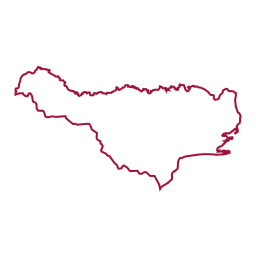 the district of Rincón, Treinta y Tres, Uruguay
{"feature_id": "84410073B13933274344370", "entity_name": "Rincón", "entity_type": "district", "adm_level": 2, "iso_a3": "URY", "parent_name": "Uruguay", "parent_adm1": "Treinta y Tres", "projection": "natural_earth1", "projection_center": [-53.628, -32.866], "detail": "fine", "context": "isolated", "style": "outline", "palette": "rose", "viewbox_px": 256, "rotation_deg": 0, "n_neighbors": 0, "source": "geoboundaries", "source_scale": "gbopen_adm2", "svg_char_len": 5693}
<svg xmlns="http://www.w3.org/2000/svg" viewBox="0 0 256 256"><path d="M184.0,85.3L180.9,84.8L179.8,84.4L179.3,85.3L179.9,86.1L179.8,86.6L177.4,88.2L177.4,88.8L178.2,89.3L178.1,89.6L176.6,89.9L175.9,89.5L176.2,88.8L174.7,88.7L174.8,87.7L174.1,87.4L173.7,86.6L172.6,86.8L171.3,86.2L170.7,86.7L170.8,87.1L171.3,87.4L171.2,87.6L168.9,88.4L168.5,89.1L167.8,89.5L168.5,90.1L166.9,89.9L166.6,90.7L166.5,90.3L165.6,90.2L165.5,89.6L166.3,89.1L165.9,88.6L166.3,88.4L165.7,87.9L162.7,88.4L161.6,86.9L160.0,86.3L159.9,86.9L160.1,87.3L158.3,89.8L154.8,89.7L153.7,90.2L153.1,90.1L152.1,91.0L150.7,91.1L150.7,91.3L151.2,91.8L151.2,92.2L150.7,92.4L150.4,93.1L149.2,93.4L148.1,93.0L147.5,91.7L147.6,91.4L148.2,91.0L148.2,90.4L146.9,90.5L146.6,89.7L145.9,89.0L144.9,89.2L143.4,88.9L143.4,89.2L143.8,89.4L143.6,90.0L143.1,89.7L141.4,91.5L139.8,90.2L138.8,89.9L138.3,88.5L137.1,88.1L136.9,88.7L136.3,88.9L135.6,87.5L134.7,86.9L134.2,87.0L134.4,87.5L134.2,87.8L132.5,87.2L132.7,86.7L133.3,86.7L133.3,86.1L132.1,86.1L131.1,86.5L130.7,87.1L130.2,87.1L129.4,86.7L128.0,86.7L128.0,86.2L128.3,86.0L128.2,85.3L126.4,85.1L125.1,85.5L124.5,87.1L123.6,87.7L122.8,87.5L121.3,88.9L119.3,90.0L118.9,89.8L118.0,88.1L116.6,87.2L116.2,88.0L116.9,89.1L116.1,90.1L114.0,91.0L113.1,91.9L112.2,91.8L111.4,92.8L107.0,92.9L106.6,93.2L106.4,94.1L105.0,93.5L103.2,93.2L102.9,93.4L102.5,93.2L102.2,92.4L101.1,92.2L100.8,91.9L98.1,92.6L97.8,93.1L97.0,93.1L96.7,93.8L96.2,93.9L95.0,93.1L94.1,93.1L93.6,94.2L93.7,94.9L92.8,95.4L90.5,95.2L90.0,94.7L89.7,93.6L89.9,92.8L89.6,92.5L88.9,92.4L87.6,92.8L87.3,92.7L87.0,93.3L86.7,93.4L85.8,92.0L84.5,91.9L83.5,92.7L82.7,92.7L82.4,93.0L82.7,93.9L81.5,94.2L81.1,95.3L80.2,95.3L79.2,96.0L78.1,95.2L78.2,94.1L77.2,92.4L76.0,92.2L75.9,92.5L76.7,93.3L76.4,93.7L75.4,93.6L74.8,93.3L74.1,91.7L73.5,91.1L72.8,90.9L72.1,91.2L71.0,90.5L69.6,90.5L68.4,89.6L67.9,89.1L66.5,86.3L65.8,85.8L64.8,85.8L64.3,85.1L64.6,83.5L65.3,82.8L65.2,82.1L64.1,81.7L63.1,80.4L60.1,80.3L59.8,79.8L59.6,77.7L58.4,77.4L57.9,76.2L56.2,76.7L55.6,76.5L54.7,75.6L51.4,74.0L48.6,72.3L48.4,71.9L48.6,71.3L49.7,70.5L49.3,69.8L48.3,70.0L47.2,69.6L46.3,69.7L45.8,69.1L43.7,69.1L41.6,68.5L41.3,69.1L40.5,68.7L41.0,68.3L40.8,67.8L38.0,67.0L36.9,69.1L36.4,69.9L35.7,70.2L34.3,72.7L33.0,73.4L32.1,73.4L30.6,72.4L28.1,72.1L25.7,74.0L23.9,74.5L23.0,75.1L21.3,77.1L20.6,78.4L20.2,81.0L19.4,83.1L18.9,85.4L18.9,86.5L18.4,87.8L17.7,88.3L15.9,88.5L15.4,90.2L16.4,91.2L15.4,92.8L15.6,93.6L15.5,94.6L18.8,93.4L22.9,93.3L23.1,94.1L25.3,96.0L27.4,96.3L28.2,95.2L28.7,93.5L30.0,93.3L31.1,94.3L32.3,96.9L32.4,99.0L33.2,101.7L35.4,102.6L36.5,104.3L36.7,108.6L38.0,110.6L40.3,110.8L42.8,110.6L44.0,112.1L45.5,116.6L47.8,117.4L51.8,116.3L55.9,116.9L65.5,116.2L66.0,118.3L73.1,124.1L75.2,123.7L77.2,124.7L86.1,123.9L89.2,123.9L90.1,125.0L92.0,129.7L96.9,132.9L96.6,138.2L97.6,139.8L100.5,141.4L100.5,143.6L101.6,144.2L102.8,146.3L101.0,150.4L101.6,151.6L105.9,153.6L107.0,155.3L109.5,156.1L114.8,163.4L116.7,164.7L118.4,168.7L121.5,168.3L122.2,166.8L123.8,165.4L127.2,167.6L130.0,171.1L137.4,170.8L139.3,173.6L141.5,173.8L144.5,172.1L146.3,172.3L150.2,175.9L154.6,176.0L155.6,178.1L159.2,184.5L160.1,189.0L161.2,187.2L162.3,186.2L167.5,183.2L167.8,182.7L168.1,182.8L171.9,179.1L172.1,176.9L171.8,174.5L172.4,172.8L173.7,171.7L174.3,171.5L174.5,171.1L175.5,170.8L176.1,169.8L177.3,169.2L177.7,167.8L178.0,162.3L178.8,159.8L180.1,157.9L179.7,157.3L180.2,157.9L181.4,158.2L185.2,156.5L198.0,154.6L205.5,154.1L213.9,154.4L216.1,154.8L219.4,154.6L223.9,154.4L225.0,154.2L226.2,153.5L226.4,153.8L227.6,153.6L227.9,153.0L228.9,152.8L229.0,152.4L228.9,152.2L227.3,152.6L227.2,152.3L227.7,152.1L228.2,151.2L228.4,151.6L228.8,151.5L228.9,151.8L229.5,152.3L229.5,151.7L229.2,151.8L228.6,151.1L228.2,151.1L227.8,151.5L226.1,150.9L225.5,151.5L225.2,152.2L225.3,152.7L225.0,152.7L225.1,153.3L224.4,153.7L223.5,153.7L223.5,153.2L224.9,151.0L224.7,151.0L224.6,150.7L222.6,150.7L222.0,151.6L221.5,151.7L220.9,151.6L221.0,151.5L220.7,151.2L219.1,151.7L218.2,151.6L218.4,151.2L217.6,151.7L217.6,150.4L217.2,150.2L217.2,149.2L218.0,147.7L219.9,146.6L221.3,146.2L222.7,145.1L223.1,144.4L223.7,144.2L224.0,143.5L224.5,143.4L224.6,143.0L225.4,142.3L225.3,141.6L224.8,141.3L225.6,141.3L225.8,140.1L226.4,139.7L226.7,139.7L226.6,140.5L228.1,140.4L228.0,140.7L228.8,140.3L229.4,138.9L229.8,138.8L229.9,138.3L230.5,137.7L231.4,137.6L231.4,138.0L231.7,138.0L231.8,139.0L232.2,138.9L232.5,138.5L232.6,137.4L232.4,137.2L229.8,137.5L229.6,137.8L228.9,138.1L227.7,137.7L227.2,137.4L225.9,135.3L224.4,136.1L222.7,135.9L222.3,135.6L222.8,134.6L223.5,134.3L223.6,133.9L225.7,133.2L227.4,133.2L228.2,133.5L228.7,133.3L229.1,133.5L229.7,132.8L230.9,132.4L231.7,131.4L232.1,131.4L233.0,130.5L233.6,130.5L234.1,129.6L235.0,129.4L234.9,129.1L235.3,129.0L235.6,128.6L236.3,128.5L236.6,129.2L236.9,129.0L237.1,129.9L236.9,129.9L236.9,131.2L236.6,131.2L236.5,131.7L235.1,133.1L235.5,133.4L235.9,132.6L237.1,132.3L237.2,132.0L237.7,131.7L237.7,129.3L237.4,128.8L236.9,126.7L237.1,126.7L237.1,125.4L238.6,123.8L239.7,123.0L240.1,121.1L240.1,117.3L240.6,116.8L240.6,115.9L239.2,113.2L238.0,112.6L236.8,109.7L236.2,107.4L236.0,106.7L235.8,106.7L235.1,100.0L236.0,95.0L235.6,94.0L235.9,93.1L235.0,92.7L233.9,91.6L232.3,91.2L229.1,91.1L228.0,90.3L227.4,89.1L226.7,88.8L225.8,88.9L222.9,90.5L222.7,92.6L219.7,95.6L219.3,96.5L219.1,98.4L217.7,99.3L215.1,99.8L214.0,98.8L213.7,98.1L213.9,96.4L213.8,95.5L213.3,95.1L210.8,95.0L209.7,94.1L208.2,92.0L204.6,89.4L200.3,87.5L198.4,87.4L196.6,86.3L194.7,86.8L194.0,86.0L192.8,85.9L190.8,86.9L188.4,86.7L188.1,87.3L188.2,87.8L189.8,88.9L188.3,91.0L186.9,91.2L186.0,90.4L185.0,88.5L185.2,87.7L184.4,87.0L184.0,85.3Z" fill="none" stroke="#9f1239" stroke-width="2"/></svg>